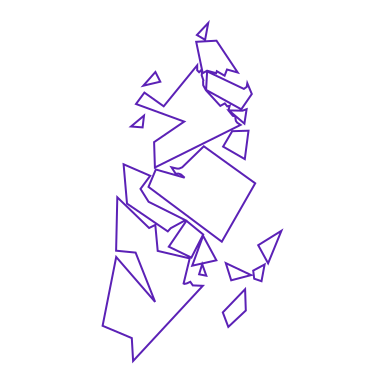 outline of Kepulauan Aru, Maluku, Indonesia
{"feature_id": "22746128B17511076551422", "entity_name": "Kepulauan Aru", "entity_type": "district", "adm_level": 2, "iso_a3": "IDN", "parent_name": "Indonesia", "parent_adm1": "Maluku", "projection": "mercator", "projection_center": [134.564, -6.213], "detail": "medium", "context": "isolated", "style": "outline", "palette": "violet", "viewbox_px": 384, "rotation_deg": 0, "n_neighbors": 0, "source": "geoboundaries", "source_scale": "gbopen_adm2", "svg_char_len": 1848}
<svg xmlns="http://www.w3.org/2000/svg" viewBox="0 0 384 384"><path d="M117.3,197.3L116.1,250.7L135.6,252.6L155.1,301.9L116.2,257.0L102.6,325.8L131.8,338.1L133.1,361.0L202.8,285.8L192.8,285.4L190.3,281.8L186.8,283.4L184.4,283.9L183.6,283.5L189.7,258.4L157.7,250.9L155.3,224.9L149.1,228.0L117.3,197.3ZM255.2,183.3L203.8,146.3L182.2,167.3L179.1,168.6L177.1,168.6L171.5,167.3L175.4,173.3L175.9,173.7L178.4,173.6L180.3,174.2L181.0,174.6L181.4,175.6L181.7,175.1L184.6,177.7L155.8,169.5L148.5,186.9L221.8,241.7L255.2,183.3ZM184.2,121.6L154.1,142.1L154.9,167.5L240.6,124.9L237.2,122.7L235.9,120.9L235.4,118.2L235.6,116.5L232.8,115.8L228.4,110.4L229.7,105.7L227.3,106.4L224.8,103.4L220.3,105.9L205.9,90.2L203.2,85.2L203.1,81.0L203.4,80.4L201.7,75.3L202.0,72.4L200.7,70.6L199.1,72.2L197.2,70.3L197.2,65.3L163.7,106.3L144.4,92.6L136.0,104.0L184.2,121.6ZM123.6,164.3L127.0,203.6L167.8,231.4L170.7,228.2L185.4,220.2L148.6,201.8L140.5,188.9L150.2,175.8L123.6,164.3ZM207.1,71.4L206.1,89.9L241.3,109.3L251.8,94.0L247.3,83.2L246.7,86.9L243.9,88.9L207.1,71.4ZM196.2,41.8L202.7,73.2L207.1,70.7L216.2,73.2L216.8,71.2L224.6,75.7L227.0,69.5L237.7,72.5L216.5,40.7L196.2,41.8ZM186.4,220.8L168.8,246.7L191.4,257.6L203.2,234.5L186.4,220.8ZM245.1,289.2L222.8,312.4L228.3,326.9L245.8,310.5L245.1,289.2ZM216.4,260.3L203.1,235.8L192.2,265.7L216.4,260.3ZM281.4,230.8L258.2,245.2L268.1,263.3L281.4,230.8ZM248.5,130.7L232.2,131.2L223.1,146.6L244.8,159.1L248.5,130.7ZM251.1,275.1L225.8,263.1L231.2,280.3L251.1,275.1ZM242.5,110.7L228.9,110.4L244.4,123.6L246.6,109.2L242.5,110.7ZM144.0,115.6L131.0,126.5L142.6,127.4L144.0,115.6ZM205.1,39.8L208.2,23.0L196.9,35.0L205.1,39.8ZM160.3,81.7L155.4,72.0L143.3,85.7L160.3,81.7ZM264.6,264.5L253.2,270.6L254.2,278.7L261.5,281.2L264.6,264.5ZM206.3,275.7L202.2,264.2L199.1,274.3L206.3,275.7Z" fill="none" stroke="#5b21b6" stroke-width="2"/></svg>